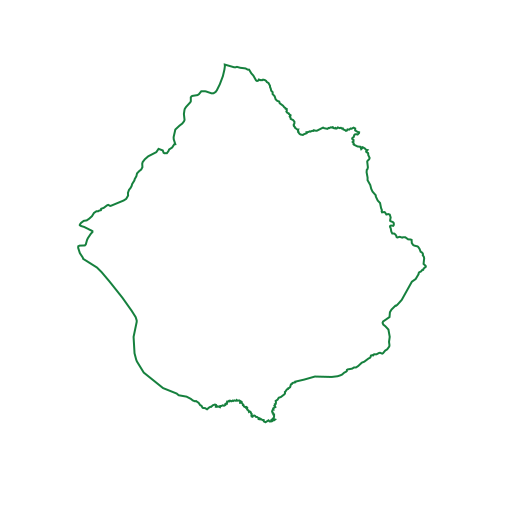 the district of Phnum Sruoch, Kâmpóng Spœ, Cambodia, rotated 36°
{"feature_id": "14789045B53817088331996", "entity_name": "Phnum Sruoch", "entity_type": "district", "adm_level": 2, "iso_a3": "KHM", "parent_name": "Cambodia", "parent_adm1": "Kâmpóng Spœ", "projection": "albers", "projection_center": [104.255, 11.311], "detail": "fine", "context": "isolated", "style": "outline", "palette": "green", "viewbox_px": 512, "rotation_deg": 36, "n_neighbors": 0, "source": "geoboundaries", "source_scale": "gbopen_adm2", "svg_char_len": 6142}
<svg xmlns="http://www.w3.org/2000/svg" viewBox="0 0 512 512"><g transform="rotate(36 256 256)"><path d="M416.4,249.7L414.1,247.3L411.7,242.8L406.4,237.7L401.9,236.8L399.3,236.7L397.7,235.7L397.3,234.3L399.9,226.9L397.4,222.8L397.1,219.7L398.0,214.2L398.5,214.1L399.0,212.5L399.7,205.9L397.2,185.2L398.7,180.8L398.2,175.1L397.7,174.4L397.6,173.3L398.6,171.4L398.7,169.6L399.4,168.9L399.0,167.7L399.7,164.9L399.1,164.3L396.2,163.9L393.4,159.0L392.1,157.9L390.5,157.4L390.1,156.5L389.4,155.9L387.9,155.6L386.7,155.8L384.1,154.1L381.8,153.3L381.0,153.3L377.8,154.6L376.5,154.7L374.4,153.9L372.4,151.5L371.3,151.8L369.3,153.1L365.8,153.1L363.8,154.5L363.5,155.2L361.0,156.0L359.4,158.0L358.5,158.0L357.4,157.1L356.1,156.7L354.7,156.6L353.0,157.7L351.1,156.7L348.7,154.4L347.2,153.6L346.9,152.9L347.3,152.0L349.3,150.9L349.2,149.8L348.1,148.4L346.8,148.1L344.2,148.8L343.5,148.3L342.3,145.7L339.9,143.9L338.4,144.3L337.1,145.8L334.7,144.9L334.0,145.0L332.3,146.6L331.4,146.0L330.9,144.9L329.0,143.7L325.2,140.2L321.9,139.6L318.0,137.5L317.2,136.5L312.4,135.4L309.7,133.9L306.7,131.4L301.7,129.1L300.2,127.0L296.2,123.2L295.0,121.2L295.1,120.2L294.4,118.5L290.5,114.3L290.3,113.4L290.7,111.2L290.3,109.9L287.4,108.3L286.4,107.0L286.0,106.8L284.4,107.1L283.8,106.8L283.9,104.8L282.5,105.4L280.9,105.0L278.2,105.3L277.9,105.7L278.5,106.7L278.3,107.7L276.2,106.3L273.8,107.7L269.8,108.4L269.2,108.3L268.9,107.4L267.2,107.0L267.5,106.0L266.7,104.8L265.5,104.9L264.8,104.5L264.6,103.9L265.1,102.2L264.4,100.5L264.5,99.6L265.4,98.6L266.8,98.0L267.1,96.0L266.7,95.3L265.2,95.9L262.4,96.1L261.3,94.5L259.5,94.8L258.5,96.9L257.6,97.2L257.1,99.0L255.6,99.8L255.8,101.1L255.2,101.9L254.2,101.8L252.1,102.3L251.3,101.7L250.5,102.1L250.3,102.5L249.3,102.4L248.3,103.5L246.6,103.9L246.4,105.3L245.9,105.9L245.0,105.7L244.6,106.5L243.4,107.0L242.7,106.6L242.1,106.8L241.9,107.5L240.9,107.9L240.0,109.6L239.4,109.8L239.1,111.1L235.9,112.6L234.8,112.7L231.6,118.9L229.9,120.0L228.9,120.2L228.8,121.2L228.0,121.6L226.8,123.5L226.3,123.5L225.4,125.0L224.1,126.2L224.8,126.9L223.2,129.3L222.8,130.5L220.7,131.5L219.5,131.6L217.2,130.9L217.1,130.3L216.4,130.1L215.9,129.0L215.6,129.4L212.1,129.3L211.6,128.8L210.5,128.7L209.9,128.4L209.8,127.8L209.2,127.4L209.2,126.3L208.2,124.8L206.2,124.2L203.5,124.7L202.6,123.8L201.6,123.5L201.8,123.1L201.0,122.4L201.1,121.8L199.1,121.8L198.8,121.4L196.9,121.7L195.7,121.3L195.6,120.5L194.4,119.0L193.4,119.5L192.8,119.0L191.5,119.1L189.5,118.5L185.4,118.5L184.0,117.4L182.0,118.0L179.8,117.7L177.2,115.8L174.2,115.2L173.2,113.7L171.1,113.3L169.4,111.8L168.1,111.1L167.3,110.1L164.4,108.7L162.5,108.9L161.3,108.4L159.6,108.5L158.0,109.2L157.9,109.9L157.2,110.5L156.5,110.7L156.1,111.3L154.6,111.5L154.7,112.8L154.0,113.8L152.8,113.9L147.8,111.6L144.9,111.0L140.9,109.3L139.7,110.1L137.3,110.4L132.6,113.0L129.4,114.2L128.4,115.5L127.3,116.2L118.2,119.5L119.3,120.8L120.9,123.8L123.5,130.0L125.8,138.4L126.9,144.9L126.9,147.0L126.0,149.3L124.5,150.5L118.4,152.4L114.9,154.9L114.7,158.7L114.1,160.2L110.4,163.9L110.0,164.7L110.0,166.0L112.3,169.1L112.5,170.2L111.8,176.5L111.9,178.8L112.4,180.1L114.2,183.5L118.2,187.9L118.6,189.4L118.5,192.2L117.5,195.5L116.4,201.1L119.5,208.3L120.8,209.9L125.0,213.0L124.2,213.8L124.4,217.5L123.1,220.9L123.5,222.5L123.5,225.2L121.5,226.7L120.6,226.8L118.5,225.4L114.2,226.6L114.3,230.6L110.2,238.7L109.2,243.1L109.1,246.6L109.7,248.2L111.9,250.9L112.3,253.5L111.6,256.0L111.2,259.1L112.3,261.7L112.7,265.2L113.2,266.3L113.5,270.6L114.2,272.4L114.5,274.5L114.4,277.2L115.3,280.2L117.0,282.3L117.4,286.1L116.3,288.9L109.2,300.5L108.6,301.2L106.4,301.5L105.8,302.4L104.5,306.6L103.0,308.8L103.6,310.1L102.4,311.5L102.0,312.6L100.6,313.6L99.6,316.4L99.9,320.2L99.1,323.9L98.1,326.7L96.0,328.8L95.0,332.0L95.0,334.1L95.4,334.7L96.7,334.6L99.9,333.5L109.0,332.0L109.6,332.7L109.3,335.2L109.5,340.4L109.9,342.4L111.5,346.7L111.3,348.1L107.2,351.3L106.5,352.6L107.3,353.9L111.8,357.2L116.8,359.1L117.9,359.9L134.1,358.8L140.5,359.8L152.3,362.7L172.5,368.3L187.6,373.4L194.6,376.2L197.4,378.3L198.2,379.4L204.5,393.4L214.9,406.1L219.9,410.2L221.6,411.3L233.7,416.3L258.4,417.5L272.7,413.9L275.3,414.1L282.5,410.6L287.2,409.9L289.8,410.0L292.1,409.4L292.7,408.6L295.9,408.5L298.6,409.5L299.9,409.2L301.7,410.1L302.5,410.1L304.2,409.0L306.5,408.8L307.1,406.2L307.8,404.7L308.4,404.4L308.8,402.2L310.1,400.3L311.2,400.0L312.1,401.6L313.1,401.0L313.3,400.1L315.7,399.5L315.2,398.4L316.1,397.8L316.9,396.3L318.1,396.0L318.8,394.6L318.8,394.0L318.2,393.8L318.3,393.2L319.3,392.6L318.2,390.7L319.8,389.4L319.4,388.9L319.9,388.3L321.6,387.9L322.1,386.7L322.8,386.7L323.3,385.6L324.9,384.9L325.4,384.3L325.2,383.9L326.3,383.8L327.3,382.7L329.4,382.5L329.0,383.5L329.4,384.1L330.8,383.1L332.8,383.8L333.1,384.3L333.6,384.0L334.6,384.8L335.8,384.7L336.8,383.8L337.8,383.8L337.8,384.8L338.6,384.7L339.1,385.4L340.7,385.4L342.0,386.3L342.4,385.4L343.4,385.4L344.6,386.2L345.5,386.4L345.9,387.6L346.8,388.4L347.7,388.1L347.6,387.1L348.3,386.1L349.2,385.9L350.5,386.2L351.6,385.6L352.8,385.7L354.0,385.3L354.2,386.3L355.5,385.7L355.8,385.0L357.7,384.9L358.6,384.2L359.6,385.2L361.4,384.9L362.7,381.6L364.2,381.9L365.4,381.0L364.8,379.8L365.3,379.1L366.3,379.6L366.6,378.6L367.3,378.1L367.5,377.1L365.2,377.9L365.4,376.4L365.2,375.6L363.8,373.6L363.1,374.0L362.4,373.1L361.4,373.1L361.3,372.7L360.3,372.2L359.8,370.1L360.3,369.9L359.5,369.1L360.4,366.8L359.0,366.4L359.2,365.9L358.4,364.9L358.8,364.6L358.9,364.0L358.0,362.5L357.1,361.7L357.9,359.6L357.7,357.3L359.0,355.5L360.3,351.1L360.2,350.1L359.3,349.0L359.5,348.5L359.4,345.8L360.1,344.7L359.8,344.1L360.4,343.2L360.7,342.0L359.7,339.4L360.3,338.3L360.1,337.7L360.3,337.1L362.0,335.1L361.6,334.6L367.6,327.7L374.5,318.9L388.3,309.4L392.7,305.3L394.3,303.1L395.3,301.4L395.9,298.6L396.9,296.6L397.1,295.7L396.5,294.7L396.9,293.8L400.0,290.6L400.8,288.6L402.4,287.4L403.3,285.1L404.3,280.1L405.7,277.9L407.3,272.7L408.0,271.5L408.1,270.7L407.5,269.0L408.2,268.3L408.3,267.8L409.2,267.6L409.3,266.1L411.2,264.8L412.6,262.0L413.2,261.4L415.5,260.8L415.9,260.0L416.1,256.6L417.0,254.4L417.0,250.9L416.4,249.7Z" fill="none" stroke="#15803d" stroke-width="2"/></g></svg>